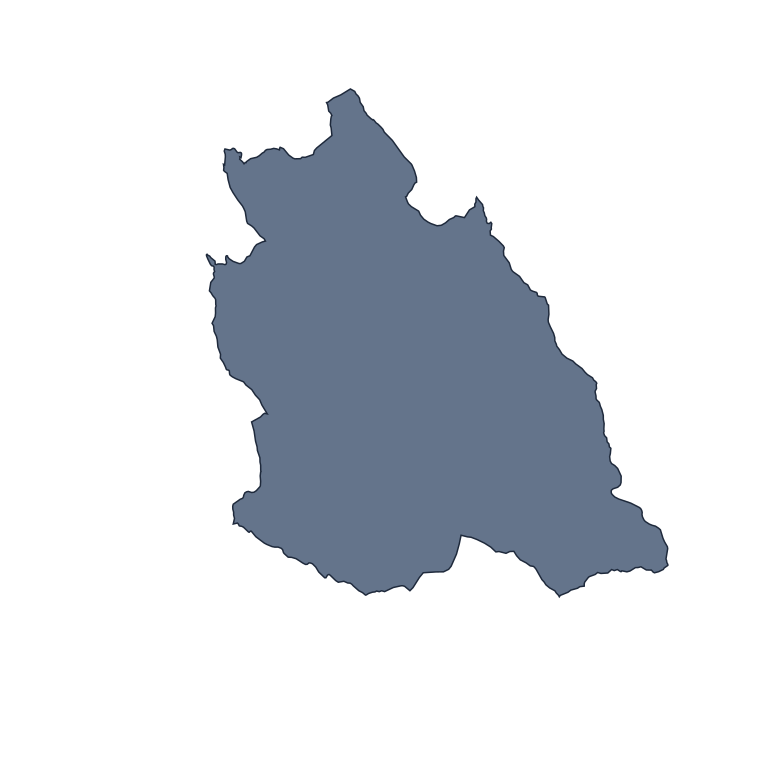 the district of Chilla, El Oro, Ecuador, rotated 336°
{"feature_id": "8360857B68230797378495", "entity_name": "Chilla", "entity_type": "district", "adm_level": 2, "iso_a3": "ECU", "parent_name": "Ecuador", "parent_adm1": "El Oro", "projection": "equal_earth", "projection_center": [-79.628, -3.439], "detail": "fine", "context": "isolated", "style": "filled", "palette": "slate", "viewbox_px": 768, "rotation_deg": 336, "n_neighbors": 0, "source": "geoboundaries", "source_scale": "gbopen_adm2", "svg_char_len": 6171}
<svg xmlns="http://www.w3.org/2000/svg" viewBox="0 0 768 768"><g transform="rotate(336 384 384)"><path d="M457.6,649.7L459.1,648.8L467.4,649.1L470.9,648.3L477.8,649.3L480.4,648.8L484.7,650.1L485.7,647.9L486.8,646.6L492.2,643.7L493.6,643.5L499.5,643.9L502.5,643.1L505.1,645.3L511.6,647.7L516.5,646.1L518.4,648.1L521.7,648.4L523.8,651.6L524.6,651.9L525.3,651.4L529.5,654.4L532.6,654.9L539.0,654.0L541.4,655.0L544.4,655.5L548.0,660.6L552.6,662.8L553.4,665.4L554.3,666.5L558.6,667.2L563.7,667.0L565.2,666.0L569.5,665.2L569.9,664.3L569.8,662.0L570.3,660.4L570.4,658.6L576.2,649.8L576.7,647.9L576.1,642.3L576.1,638.4L577.2,629.6L576.2,627.4L574.2,624.3L571.6,622.2L569.4,619.9L566.8,615.9L566.2,614.0L566.1,610.4L566.6,608.2L567.7,606.2L568.0,604.2L567.8,602.1L567.0,600.6L561.0,593.2L551.6,584.5L548.8,581.0L547.5,577.7L547.3,576.1L548.1,574.0L548.8,573.4L550.8,572.9L555.5,573.4L558.8,572.3L560.5,570.4L563.2,564.6L563.1,556.2L561.6,552.3L559.5,549.2L559.3,546.3L560.6,542.1L562.5,539.6L565.1,535.0L564.3,533.2L565.1,530.2L564.3,527.6L565.5,523.7L564.5,520.9L564.6,519.4L564.8,517.9L565.8,516.7L566.6,514.4L569.0,509.7L570.0,505.5L571.6,501.8L572.6,495.9L572.6,492.3L573.1,489.2L573.1,488.1L571.9,485.3L571.7,483.8L572.8,481.2L573.6,477.2L574.1,476.3L576.3,474.6L577.6,470.9L578.7,469.8L578.4,468.0L577.2,465.7L577.0,463.1L573.7,458.2L572.5,455.2L571.2,450.4L567.3,443.6L565.9,439.9L561.6,434.8L558.8,429.1L558.2,423.7L557.2,419.7L557.6,417.8L557.6,414.1L558.9,411.0L559.5,406.7L559.2,399.3L559.3,394.4L560.1,392.0L563.0,387.4L566.4,378.9L565.7,377.3L566.4,370.8L566.2,369.8L560.6,366.5L560.3,365.1L560.8,363.5L560.6,362.4L557.5,359.6L556.0,357.7L555.6,351.9L553.0,348.3L551.6,340.8L547.7,334.2L547.2,332.9L546.9,330.9L547.7,324.2L545.7,315.3L547.2,311.2L549.3,308.4L549.2,306.4L547.0,300.4L543.9,293.8L541.8,291.3L543.2,287.4L545.1,286.2L545.6,284.7L547.7,281.3L547.4,279.7L545.4,280.2L544.1,279.5L543.6,278.8L543.8,276.8L544.6,275.6L545.0,274.0L544.6,271.2L545.2,268.5L545.2,266.1L546.6,263.5L546.5,262.1L547.0,260.1L545.2,254.3L544.6,251.0L543.4,252.1L542.0,255.2L540.1,256.6L539.1,259.0L532.9,259.7L525.2,264.7L518.6,259.9L517.6,259.5L515.4,260.3L510.6,260.3L505.8,261.8L500.9,262.3L496.8,261.0L492.0,256.4L490.0,253.9L487.4,249.6L486.0,244.6L486.0,240.2L481.1,233.1L479.6,229.4L479.5,227.2L479.8,221.8L481.0,221.8L483.8,219.5L488.5,217.6L492.4,214.1L494.2,213.0L495.9,212.9L497.6,208.5L498.5,201.8L498.6,195.4L498.4,194.1L494.8,184.8L490.7,164.8L486.7,154.1L486.6,150.9L485.8,148.3L484.1,144.0L483.0,142.3L482.1,138.8L481.6,138.1L481.2,138.2L480.0,136.3L477.9,131.5L477.8,129.4L476.9,126.2L477.8,122.2L476.8,117.1L477.8,113.0L477.5,110.4L476.4,107.6L476.3,104.8L473.3,100.8L462.0,102.3L454.1,102.2L447.3,103.8L446.0,103.5L446.1,106.1L444.5,112.2L445.5,115.0L445.6,117.6L444.8,118.0L443.2,120.3L440.3,125.6L439.9,128.4L437.5,135.8L418.5,141.0L415.4,142.4L412.8,145.6L404.3,144.9L401.5,143.5L399.4,144.2L394.1,142.0L392.7,140.6L390.1,136.1L387.9,128.2L385.4,125.5L384.7,126.0L383.7,127.6L381.5,125.5L379.1,123.9L375.9,123.4L372.6,122.2L370.8,122.3L368.4,123.5L366.9,123.5L363.0,124.7L359.9,125.1L353.8,123.9L348.9,124.9L348.0,125.7L347.3,125.2L345.7,125.9L345.2,123.6L343.6,119.9L344.4,119.0L344.6,118.0L345.4,119.1L347.1,116.7L347.6,115.5L347.6,114.8L347.0,114.0L344.7,113.3L344.1,112.4L343.2,108.3L342.2,107.4L341.2,107.2L340.2,107.7L338.3,107.6L334.3,104.6L332.8,106.2L332.4,109.6L331.5,111.9L327.5,119.1L326.7,118.0L325.8,121.1L324.4,123.5L324.7,124.8L326.4,127.8L324.7,133.9L323.4,141.9L323.9,147.8L325.3,156.4L327.1,163.7L327.3,166.5L327.3,170.2L324.8,179.4L324.7,181.8L327.4,185.8L328.7,188.6L331.0,198.2L333.6,202.6L333.8,205.2L330.6,204.7L324.3,204.8L321.4,206.2L313.7,212.3L310.4,212.2L306.4,215.1L302.3,215.7L300.7,215.1L296.0,210.6L293.5,206.6L292.9,204.4L293.1,203.3L292.4,202.8L291.6,203.0L291.1,203.7L290.1,205.8L289.6,209.0L288.6,210.2L288.0,210.3L287.3,210.3L285.2,208.6L281.1,206.8L279.6,206.8L278.5,206.1L279.6,203.0L277.2,198.2L276.8,196.3L275.4,194.5L275.1,193.5L274.3,193.8L274.0,194.8L273.9,198.1L274.1,203.9L274.6,205.8L276.2,207.0L276.3,208.3L275.3,210.2L275.0,212.4L273.5,213.2L272.9,214.1L272.5,217.0L272.0,218.1L267.1,220.7L262.4,227.9L263.1,230.3L263.5,233.7L264.5,237.0L264.5,238.5L262.6,243.0L262.4,244.3L261.0,245.9L258.9,250.8L257.2,253.8L251.6,258.6L252.0,261.4L250.2,266.9L250.3,272.2L249.7,275.6L247.3,282.7L246.8,290.3L245.0,293.8L246.0,299.1L246.1,304.1L245.9,306.2L246.2,307.1L247.7,308.2L248.0,309.1L247.0,312.1L247.0,313.3L248.4,315.8L250.8,318.9L256.6,324.9L257.5,328.9L260.9,335.3L262.0,341.9L264.0,347.8L263.9,353.5L265.2,363.8L263.0,362.2L261.2,362.5L257.8,363.9L247.6,364.8L246.2,374.1L243.4,384.0L242.5,389.8L241.3,393.3L240.6,401.0L239.0,404.8L238.3,408.0L236.3,412.6L236.0,414.0L235.6,414.1L233.5,417.6L231.7,422.8L229.7,426.6L229.0,427.3L224.0,429.5L221.3,430.0L219.0,429.3L216.3,426.9L214.6,426.6L212.7,426.8L210.6,428.6L209.6,430.1L208.3,430.9L205.8,430.8L197.4,432.5L196.1,434.1L195.0,436.8L194.5,439.9L193.3,442.6L192.8,445.9L189.3,450.6L193.5,451.4L193.9,452.2L194.1,454.8L196.1,456.1L197.4,457.7L200.0,464.1L200.6,464.6L202.2,464.1L202.9,464.5L204.8,471.4L209.9,480.6L211.7,482.9L215.6,487.0L217.9,488.6L220.9,489.9L223.3,492.3L224.0,494.1L223.6,497.0L223.8,498.2L226.0,503.2L229.1,504.8L232.7,507.9L237.1,514.7L238.9,516.9L240.5,517.5L242.7,516.9L244.0,517.6L245.5,519.1L247.2,523.5L247.9,529.2L251.0,536.9L252.1,537.4L254.7,535.6L256.3,535.6L257.1,536.9L259.9,543.9L261.6,546.5L267.1,547.9L269.9,551.0L272.1,552.2L273.2,553.9L273.8,555.8L276.9,562.6L279.5,565.8L281.2,569.3L282.0,569.5L284.7,569.1L288.8,569.5L291.2,570.3L293.0,570.1L295.2,571.8L297.7,571.9L300.1,573.9L309.8,573.7L317.6,575.3L319.2,576.0L320.6,577.3L323.6,583.4L327.7,581.8L337.7,575.1L343.1,572.4L355.0,576.8L362.0,579.8L367.7,579.6L371.2,577.8L381.0,568.9L387.7,560.7L392.9,553.5L398.1,557.6L401.2,559.4L405.8,564.0L411.1,570.3L415.2,576.4L417.9,582.9L420.9,583.8L426.6,588.3L430.8,588.2L434.6,589.7L435.3,594.8L437.0,600.1L441.1,605.2L443.6,609.6L446.2,611.3L446.9,612.5L447.6,615.2L448.7,626.9L449.8,630.2L450.2,633.2L452.4,637.7L456.0,642.4L456.4,645.0L457.5,648.1L457.6,649.7Z" fill="#64748b" stroke="#1e293b" stroke-width="1.5"/></g></svg>